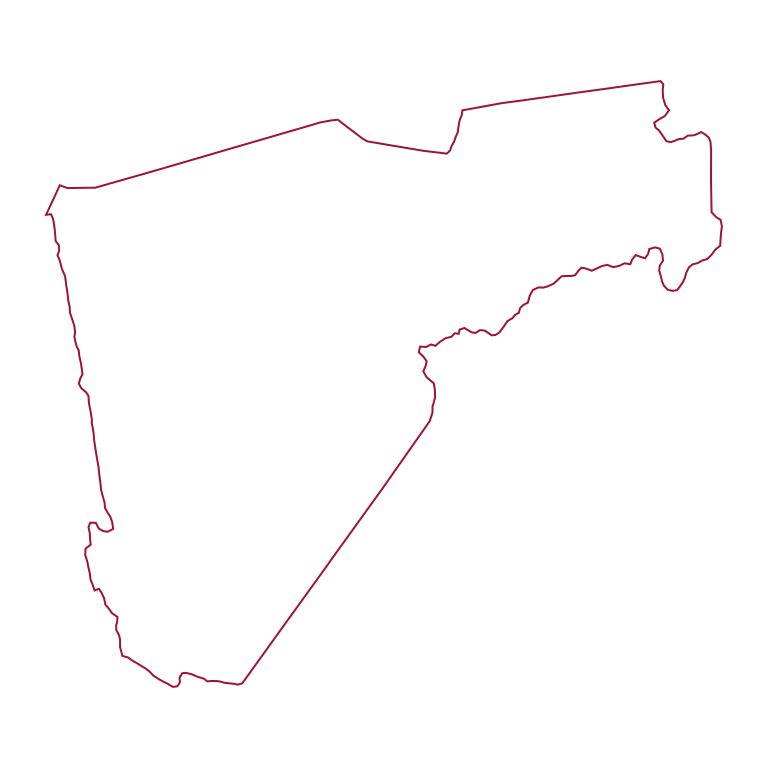 outline of Quijingue, Bahia, Brazil
{"feature_id": "56859067B85508480609992", "entity_name": "Quijingue", "entity_type": "district", "adm_level": 2, "iso_a3": "BRA", "parent_name": "Brazil", "parent_adm1": "Bahia", "projection": "natural_earth1", "projection_center": [-39.021, -10.812], "detail": "fine", "context": "isolated", "style": "outline", "palette": "rose", "viewbox_px": 768, "rotation_deg": 0, "n_neighbors": 0, "source": "geoboundaries", "source_scale": "gbopen_adm2", "svg_char_len": 3399}
<svg xmlns="http://www.w3.org/2000/svg" viewBox="0 0 768 768"><path d="M242.3,683.3L284.7,624.3L327.3,565.3L330.6,560.5L341.2,545.8L381.9,489.3L429.8,421.0L432.5,412.5L432.5,406.5L433.8,402.4L435.1,397.1L434.8,389.3L433.7,383.2L429.6,379.8L426.6,377.2L423.3,371.3L425.6,366.1L426.7,361.3L423.3,356.5L418.8,352.4L420.1,346.6L426.0,347.0L430.9,344.5L435.4,345.8L440.0,341.8L445.5,338.2L451.4,336.8L454.7,333.3L458.8,333.8L459.6,329.6L464.3,328.0L467.9,330.2L471.8,332.4L475.5,332.9L480.1,330.1L484.7,330.6L488.5,333.1L491.6,335.3L495.3,335.0L499.4,332.4L503.9,326.4L507.5,321.0L512.4,318.2L515.0,315.0L518.8,312.8L520.1,308.1L523.4,304.9L527.9,302.6L529.7,295.8L532.8,290.1L538.5,287.4L543.4,287.6L547.4,286.5L553.8,283.6L557.8,279.8L561.5,276.3L566.2,275.9L571.3,276.0L575.1,275.2L578.1,271.2L581.4,267.7L585.1,268.3L591.8,270.7L597.2,268.3L602.3,265.9L607.5,264.9L613.2,267.2L619.4,265.8L624.5,263.3L630.3,264.2L632.2,259.4L635.7,255.1L640.2,256.7L645.0,258.3L648.2,253.8L649.3,249.0L655.2,247.4L659.9,248.7L662.4,254.4L663.0,260.6L659.7,265.8L659.2,270.7L661.1,277.0L662.1,281.6L663.8,285.5L667.6,289.7L672.5,290.9L677.1,290.1L679.9,286.5L683.0,281.9L685.0,277.6L686.2,272.8L688.9,267.4L692.7,264.3L697.6,263.1L702.5,260.4L707.4,259.0L711.6,254.7L715.3,249.6L720.2,245.8L720.5,240.0L721.0,233.2L721.9,226.5L720.6,219.8L716.4,217.3L711.6,212.3L711.0,179.5L711.1,150.8L710.5,141.8L708.6,137.3L705.1,134.5L701.1,132.0L697.6,133.8L693.9,135.3L687.6,135.7L683.5,138.7L678.9,139.1L674.7,140.8L670.7,142.1L666.4,141.2L663.0,136.1L659.1,130.6L655.5,127.5L654.2,122.7L659.9,118.8L664.8,116.1L669.0,110.3L665.2,104.9L663.1,97.6L662.7,90.0L663.3,84.2L660.5,81.1L624.4,86.1L608.5,88.4L576.9,92.7L519.6,100.8L501.4,103.2L462.4,110.3L461.8,114.9L459.6,120.4L458.4,127.2L457.7,132.5L455.7,136.9L454.1,141.7L451.6,146.0L450.2,150.3L446.9,153.6L423.3,150.8L367.5,141.4L362.6,138.7L343.1,123.8L337.8,119.7L331.4,120.4L320.4,122.4L306.5,126.5L241.9,145.3L230.9,148.5L156.2,170.3L95.2,187.7L84.6,187.8L67.7,188.1L59.8,185.3L46.1,214.8L51.0,214.2L52.9,218.5L53.9,223.3L54.7,229.3L55.3,235.6L55.6,240.9L58.8,245.2L59.2,250.6L57.5,255.3L59.8,260.6L61.8,268.6L65.1,276.3L66.1,284.4L67.5,293.3L68.4,301.3L69.7,307.0L70.0,312.8L72.0,318.7L74.3,325.8L75.1,332.2L74.4,336.9L75.6,342.5L76.7,346.6L78.7,350.3L79.2,355.5L80.8,362.6L81.8,368.8L82.5,374.3L80.2,378.6L78.9,383.6L81.1,388.0L86.1,392.3L88.5,396.0L88.9,402.9L90.1,409.0L91.0,414.0L91.8,418.7L91.8,423.7L92.9,428.6L93.6,433.5L94.0,438.8L94.6,443.3L95.4,448.6L96.5,455.5L97.2,459.6L98.5,466.9L99.1,472.8L99.8,478.6L100.5,483.6L101.1,490.0L102.7,495.9L104.6,502.8L105.0,508.1L107.8,512.9L110.3,516.8L112.1,521.8L113.2,528.9L107.7,531.7L103.2,531.1L98.8,528.6L95.8,522.8L90.3,522.7L88.5,527.0L89.8,533.3L90.1,539.4L90.7,544.7L85.6,548.6L85.2,555.0L87.4,561.9L88.3,566.9L89.9,573.9L90.5,579.6L92.4,584.0L94.6,590.4L98.9,588.8L101.5,592.7L104.1,598.2L105.4,604.6L108.2,607.8L112.1,613.3L117.5,617.0L117.2,621.5L116.1,625.9L116.4,630.4L119.1,635.2L120.1,640.0L120.1,647.2L122.4,655.8L128.3,657.6L132.4,660.6L136.7,663.1L141.8,666.2L145.5,668.4L149.6,671.6L153.2,675.5L157.7,678.5L162.8,681.4L167.6,683.7L172.9,686.9L177.4,686.3L180.0,682.1L179.5,677.8L182.2,673.2L185.9,672.9L191.3,674.1L197.9,676.9L204.0,678.7L207.3,681.4L211.4,681.0L216.5,681.0L220.1,681.5L224.2,682.7L228.9,683.3L233.3,683.7L237.9,684.6L242.3,683.3Z" fill="none" stroke="#9f1239" stroke-width="2"/></svg>